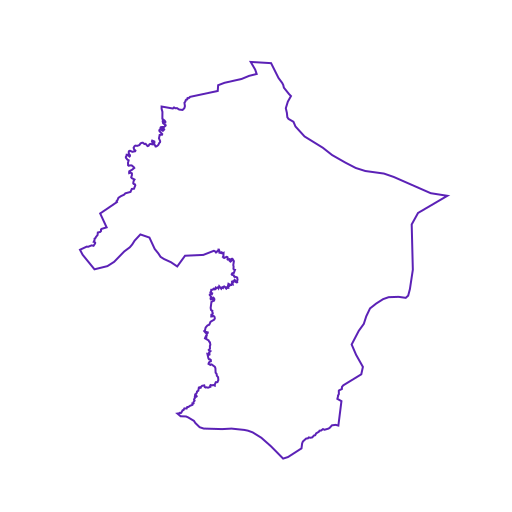 outline of Bunza, Kebbi, Nigeria, rotated 193°
{"feature_id": "59680162B46976557303871", "entity_name": "Bunza", "entity_type": "district", "adm_level": 2, "iso_a3": "NGA", "parent_name": "Nigeria", "parent_adm1": "Kebbi", "projection": "orthographic", "projection_center": [4.015, 12.213], "detail": "fine", "context": "isolated", "style": "outline", "palette": "violet", "viewbox_px": 512, "rotation_deg": 193, "n_neighbors": 0, "source": "geoboundaries", "source_scale": "gbopen_adm2", "svg_char_len": 6104}
<svg xmlns="http://www.w3.org/2000/svg" viewBox="0 0 512 512"><g transform="rotate(193 256 256)"><path d="M284.7,447.3L304.8,443.9L298.7,437.4L296.3,433.5L303.2,430.0L309.8,425.3L325.6,417.7L331.3,413.9L330.4,408.2L356.1,396.2L356.6,395.1L357.9,394.7L358.3,394.3L358.1,393.4L358.3,393.0L359.2,392.6L359.6,391.8L359.5,390.8L360.2,389.2L359.0,386.1L359.0,384.9L359.1,383.9L360.4,381.8L363.8,381.4L366.2,382.3L367.9,381.8L369.3,382.3L370.2,381.0L381.6,380.4L381.1,378.2L379.6,375.4L378.1,368.6L375.4,367.3L374.4,366.3L374.4,365.9L375.5,366.1L376.5,366.9L377.2,366.9L377.3,366.4L376.4,364.5L373.4,363.1L373.4,362.7L374.6,361.0L377.5,360.3L377.9,359.7L377.7,359.0L374.2,359.0L373.9,358.6L374.9,357.0L377.7,358.0L378.3,357.5L378.5,356.7L378.1,355.9L374.8,353.7L374.8,353.1L377.1,352.3L377.0,348.8L375.2,346.3L375.1,345.2L375.7,344.4L376.1,342.4L376.9,341.2L378.0,340.2L378.5,340.1L379.3,341.2L380.6,341.9L380.8,342.7L380.4,343.4L380.8,344.7L383.1,345.1L383.2,344.4L382.0,342.6L382.0,341.5L384.3,341.4L385.0,340.7L385.5,339.2L386.4,338.7L388.8,340.5L389.9,340.0L391.7,340.9L392.5,340.7L393.8,339.8L394.6,337.8L396.5,336.6L398.4,336.4L399.1,335.6L399.6,333.9L398.7,332.4L397.2,331.6L397.3,330.9L399.9,329.7L402.5,330.2L403.4,329.5L403.4,328.6L402.8,326.8L401.5,325.9L401.3,325.1L401.6,324.5L404.1,325.7L404.8,325.6L404.7,324.8L405.1,323.2L404.9,322.5L402.9,320.9L401.6,320.6L401.7,318.0L401.0,315.6L400.2,315.3L399.3,315.9L397.5,316.3L395.1,315.1L394.4,314.4L396.3,312.0L398.5,310.1L398.5,309.1L398.2,308.2L396.9,309.0L395.5,308.6L395.1,306.8L395.3,304.6L394.5,303.9L391.6,303.2L392.1,301.6L392.0,299.3L391.4,298.7L390.1,298.6L389.5,297.8L390.0,294.1L392.1,293.4L392.7,290.2L397.4,287.7L398.4,286.0L401.0,284.0L403.1,281.8L403.6,279.1L404.2,278.0L403.6,277.3L417.4,262.4L408.0,250.3L412.5,247.7L413.0,247.0L412.6,245.5L413.2,244.4L415.4,243.3L415.1,240.8L416.2,238.6L416.5,237.3L417.2,236.6L416.9,235.3L417.3,233.3L416.4,233.3L415.7,232.8L415.6,232.1L416.6,229.4L418.5,229.4L421.7,227.2L423.0,227.1L428.9,222.5L425.2,218.2L410.4,206.7L398.5,212.7L392.9,218.4L385.4,230.8L380.9,236.1L379.2,239.4L377.7,243.7L373.5,251.0L364.0,250.0L356.3,240.1L351.7,236.5L348.8,233.7L345.1,232.4L337.4,230.8L330.4,228.1L325.2,240.3L307.6,245.2L298.2,251.6L296.6,251.2L295.9,250.4L295.4,250.6L294.7,252.2L293.6,252.3L294.0,253.8L293.6,253.9L292.6,252.3L292.4,251.0L291.4,251.0L290.5,251.9L290.1,251.8L290.2,251.0L289.1,251.0L288.3,251.7L287.8,248.9L288.0,247.7L286.7,247.5L286.9,247.0L286.6,246.9L284.4,248.6L283.6,248.5L283.1,247.6L283.0,246.3L282.5,246.1L281.0,247.1L280.6,247.0L280.6,245.4L279.6,244.8L278.8,245.9L279.2,246.9L279.0,247.8L278.6,248.0L278.1,247.8L276.4,246.0L276.1,242.1L275.4,240.5L275.1,238.4L274.0,237.6L273.4,237.7L273.8,234.5L275.2,233.9L275.6,232.7L275.3,232.3L273.2,232.1L272.8,231.2L272.2,230.8L271.3,231.1L269.5,230.8L268.6,228.6L268.9,227.7L268.4,226.2L268.9,225.9L270.6,226.3L271.0,227.6L271.5,227.9L272.2,225.8L272.8,226.2L273.6,225.7L272.4,223.3L273.4,223.5L273.4,222.2L274.7,221.8L275.2,221.0L275.3,222.3L276.6,222.7L276.6,221.0L275.8,220.7L276.4,220.1L275.8,218.7L276.2,218.6L277.0,219.0L277.6,217.5L278.2,217.8L278.2,218.8L279.2,218.7L280.1,219.2L281.1,218.5L281.0,217.4L282.1,217.6L282.5,216.3L285.1,218.3L285.3,216.3L285.8,216.9L286.4,216.8L287.1,215.8L287.9,216.1L287.8,215.3L289.0,215.0L288.6,214.3L289.4,214.0L290.1,214.3L290.9,213.3L292.0,213.0L291.8,211.5L292.2,210.5L290.3,209.8L290.4,208.9L291.5,209.1L292.4,208.1L292.3,207.6L289.5,205.4L289.7,204.9L290.7,204.8L290.7,204.3L290.3,203.6L288.9,204.3L287.7,203.8L288.2,205.2L288.0,205.7L287.2,205.2L286.8,204.4L286.8,203.2L289.1,201.3L288.5,195.2L287.7,193.3L286.2,192.8L286.2,192.0L285.2,190.5L285.4,189.5L286.3,188.8L286.0,187.0L285.2,187.2L284.9,187.9L284.3,188.1L283.5,187.9L282.7,187.3L282.1,185.9L282.4,184.6L285.5,181.7L286.1,178.5L287.6,177.5L288.3,176.3L289.0,174.9L289.0,172.0L289.6,171.2L287.9,169.9L287.4,170.2L287.3,170.8L285.8,170.7L285.8,170.0L286.8,169.4L286.1,167.9L286.7,167.1L286.8,166.0L286.2,166.2L286.1,165.3L287.1,165.2L287.2,164.3L283.2,163.1L282.4,162.0L281.5,161.6L280.5,159.2L280.7,158.0L280.0,155.3L280.9,153.8L280.2,153.2L279.0,153.0L280.2,151.0L279.4,150.4L279.1,149.5L279.6,149.1L281.2,149.4L279.3,145.5L278.6,144.8L277.6,145.0L276.6,144.5L276.3,143.3L277.2,142.7L277.9,141.6L278.0,140.2L276.0,139.6L275.5,140.3L274.7,140.3L271.2,138.8L270.3,137.5L269.1,133.2L267.9,132.3L267.2,130.5L265.7,129.4L264.8,126.7L265.2,124.4L266.8,124.0L267.2,121.7L267.0,120.4L268.7,120.7L269.6,120.1L271.2,120.1L271.5,119.5L271.0,118.3L273.1,116.9L274.9,116.9L275.6,116.5L276.5,116.8L277.3,118.3L279.3,117.4L280.2,116.1L280.2,115.2L280.8,114.9L281.4,115.4L282.1,115.0L281.9,111.8L283.0,110.7L282.9,109.5L283.4,108.2L284.1,107.5L284.0,106.5L282.6,106.4L282.2,105.9L282.4,105.5L283.9,104.8L283.6,103.5L284.1,102.6L284.0,101.9L283.3,101.2L284.0,99.7L284.1,99.0L283.7,98.3L284.1,97.9L284.8,97.9L284.5,96.6L286.5,95.3L287.9,93.7L289.0,93.4L289.3,91.8L291.5,91.4L292.0,89.5L292.8,89.2L293.6,86.4L294.1,86.0L294.9,86.1L295.6,85.4L297.1,84.8L293.4,82.9L288.1,83.9L285.9,83.5L279.4,81.4L277.5,79.6L272.4,76.5L268.1,76.1L250.1,79.7L241.1,82.3L228.3,83.9L224.6,84.0L219.6,83.4L209.9,80.1L198.5,73.9L184.0,64.7L179.6,67.3L168.4,78.8L168.9,83.8L168.6,85.8L166.1,89.4L164.4,90.0L163.8,91.1L162.2,91.1L160.4,91.9L159.2,94.1L158.0,94.7L157.5,96.7L155.2,98.9L154.8,100.1L153.4,100.5L151.8,102.4L150.2,102.1L146.6,104.1L145.6,105.1L143.9,108.1L140.4,109.4L137.6,109.3L140.1,133.8L144.6,135.1L144.5,138.2L144.7,138.5L144.2,140.1L145.0,143.3L144.8,143.8L142.4,145.7L142.8,147.8L141.9,149.6L126.8,164.4L126.9,172.0L136.3,182.3L142.9,191.3L139.0,206.3L135.7,214.1L135.0,222.1L133.1,230.6L128.2,236.7L122.4,242.6L117.5,245.7L107.8,248.3L100.7,248.9L98.8,251.6L98.6,258.4L100.1,277.9L111.4,321.8L107.8,334.4L83.1,357.7L99.9,356.5L139.5,364.0L149.9,365.1L168.6,363.4L178.6,364.2L189.9,367.1L204.6,371.5L215.2,376.5L235.6,383.4L246.7,391.1L249.7,395.2L255.2,396.9L256.7,398.3L258.1,402.4L260.2,406.7L259.7,413.6L257.9,419.7L260.4,421.3L266.7,426.3L267.9,428.7L269.3,430.4L274.1,434.5L284.7,447.3Z" fill="none" stroke="#5b21b6" stroke-width="2"/></g></svg>